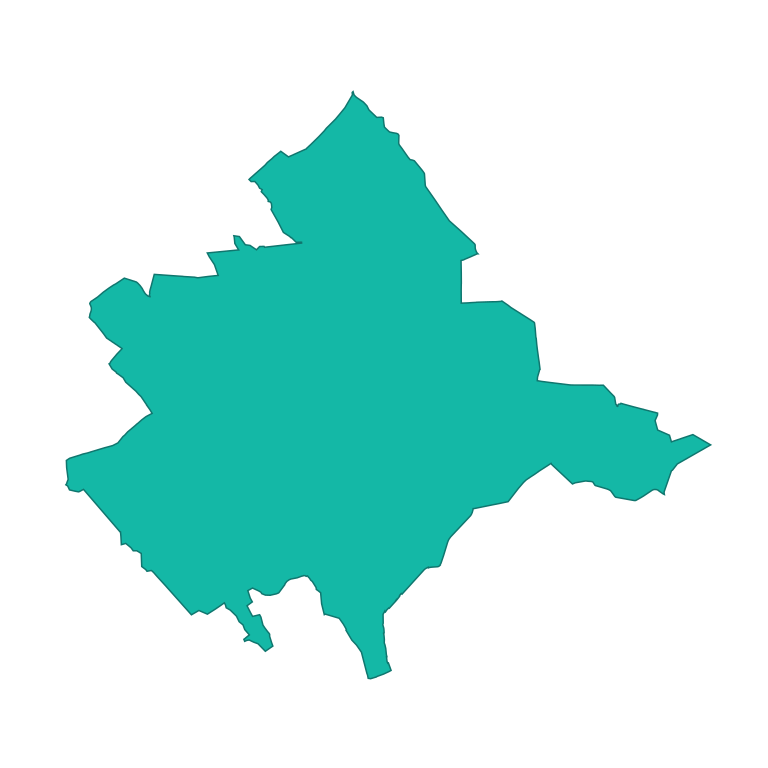 outline of Mežāres pag., Krustpils, Latvia, rotated 267°
{"feature_id": "27541924B81623033015716", "entity_name": "Mežāres pag.", "entity_type": "district", "adm_level": 2, "iso_a3": "LVA", "parent_name": "Latvia", "parent_adm1": "Krustpils", "projection": "mercator", "projection_center": [26.221, 56.543], "detail": "fine", "context": "isolated", "style": "filled", "palette": "teal", "viewbox_px": 768, "rotation_deg": 267, "n_neighbors": 0, "source": "geoboundaries", "source_scale": "gbopen_adm2", "svg_char_len": 6018}
<svg xmlns="http://www.w3.org/2000/svg" viewBox="0 0 768 768"><g transform="rotate(267 384 384)"><path d="M465.9,93.2L464.3,94.5L461.1,97.5L460.3,98.5L448.8,106.6L444.4,109.4L433.2,124.2L433.0,124.3L428.0,119.0L421.7,113.1L420.4,112.1L418.8,111.2L418.5,110.5L413.2,113.3L410.0,117.0L409.1,117.5L408.9,117.5L407.9,118.9L404.4,123.2L404.1,123.7L399.3,126.2L389.8,135.9L386.5,138.5L384.2,140.7L375.4,146.0L375.3,145.9L370.6,148.9L366.8,150.9L364.2,145.3L363.8,144.5L361.1,140.5L357.3,135.7L356.9,135.0L355.7,133.6L349.6,125.5L346.4,122.3L345.2,120.6L339.1,115.2L336.7,109.8L335.6,104.8L335.0,101.9L331.5,87.5L331.4,87.4L330.6,84.1L329.8,79.5L328.8,76.2L328.4,74.5L326.3,66.2L324.3,62.8L317.1,62.7L305.3,63.6L302.2,62.2L301.3,62.0L300.0,61.0L298.7,62.8L294.7,64.4L293.0,70.3L292.3,73.2L292.4,73.9L292.9,75.0L294.5,78.4L250.1,112.7L250.1,113.1L245.7,113.3L237.3,113.3L238.3,117.8L233.7,122.8L230.6,124.8L230.4,128.4L227.5,132.7L214.4,132.5L211.1,136.4L209.4,137.5L209.9,141.5L209.9,142.0L207.9,144.0L203.7,147.3L194.2,155.1L163.6,179.6L167.5,187.3L163.4,195.6L167.8,203.4L171.3,209.2L173.8,213.1L171.7,214.1L168.8,214.7L166.3,218.6L159.9,224.5L154.2,226.9L150.8,230.6L146.0,232.1L140.5,236.4L137.9,232.8L137.0,231.7L136.4,230.7L134.3,231.4L135.1,233.5L135.4,236.0L133.9,238.7L132.9,240.6L131.2,244.6L123.3,251.5L128.1,259.3L131.3,258.3L138.0,256.6L140.1,256.7L141.3,256.0L142.7,254.9L146.7,252.2L149.6,250.5L157.6,248.9L160.1,247.7L158.8,240.6L162.3,238.9L169.7,235.6L173.3,241.1L177.2,239.2L184.8,237.2L187.1,242.0L184.0,247.9L182.6,250.1L181.0,251.0L179.4,254.5L179.0,259.3L180.1,265.6L180.8,267.6L181.1,268.1L188.7,274.4L189.8,274.8L192.0,276.7L193.5,279.1L194.1,280.8L195.0,287.2L196.5,292.1L196.5,293.0L196.9,293.6L196.7,295.3L196.0,296.2L196.4,297.4L196.2,297.7L194.8,298.6L194.2,299.3L192.0,300.5L190.5,302.1L184.2,305.6L182.5,305.6L182.1,305.9L181.8,306.5L178.9,309.8L167.8,310.2L156.8,312.3L157.3,313.2L152.4,327.0L146.2,330.9L141.0,333.5L140.2,333.1L129.9,338.5L124.7,342.9L117.4,347.4L95.8,351.8L94.3,352.3L90.9,352.8L90.4,355.2L91.9,361.2L92.3,361.7L94.4,368.6L94.8,369.5L96.5,373.8L97.6,376.1L105.2,373.8L104.9,373.2L106.8,372.5L111.6,372.2L111.6,372.6L113.6,372.2L119.9,371.9L123.4,371.3L125.4,370.7L129.0,371.0L133.6,370.8L135.2,370.5L135.4,371.1L138.3,371.1L140.2,371.0L143.7,370.2L145.2,370.7L154.0,371.0L156.6,372.6L156.4,372.6L156.1,373.3L158.6,375.3L160.1,377.1L159.8,377.5L166.9,384.7L167.2,384.4L168.5,385.7L168.2,385.9L171.2,388.5L171.7,388.7L172.0,388.5L173.9,390.3L173.2,391.0L196.7,414.7L197.6,416.1L198.1,417.1L198.5,418.0L199.0,419.6L198.4,418.4L198.0,418.6L198.4,419.8L198.6,421.9L198.7,427.7L198.9,428.9L199.5,429.9L200.2,430.7L200.4,430.6L202.2,431.6L209.8,434.6L222.5,439.2L224.5,440.1L225.8,440.9L227.9,442.6L248.0,463.6L249.3,464.5L251.1,465.4L253.5,466.2L254.9,466.5L254.9,467.6L257.8,487.1L258.6,492.9L258.9,494.7L260.0,501.8L272.9,512.9L278.4,518.2L280.8,521.0L283.3,525.1L286.2,530.1L289.0,534.5L296.0,546.7L294.9,547.2L274.3,567.0L275.3,569.7L276.6,580.0L276.4,581.8L276.2,582.5L275.9,585.2L275.5,586.9L275.0,587.6L274.4,587.9L271.9,589.3L271.5,589.8L269.8,594.7L267.8,600.4L267.0,602.4L265.7,604.6L264.6,605.4L259.6,608.6L258.8,609.5L254.5,627.9L254.5,629.3L257.1,634.6L258.6,637.4L264.1,646.6L264.5,648.1L264.5,648.8L264.4,650.0L264.3,650.6L263.7,652.0L262.7,653.1L259.8,656.8L259.0,658.2L260.7,658.0L261.9,658.2L282.3,666.5L282.8,667.5L288.8,672.7L306.1,707.0L317.3,689.8L311.2,668.0L317.9,666.4L323.7,654.9L333.3,652.8L338.7,655.5L340.6,655.7L348.2,631.8L351.3,622.4L352.3,619.6L352.1,619.5L351.7,619.1L351.6,617.9L351.6,617.3L351.2,616.8L350.5,616.5L349.5,616.3L349.4,616.1L349.4,615.9L349.7,615.5L351.3,614.9L351.7,614.4L358.6,613.6L359.7,613.0L363.4,609.7L371.3,603.0L371.5,598.5L371.9,593.5L373.0,573.6L373.3,569.9L376.8,549.9L378.3,541.7L379.3,537.2L382.9,537.7L390.1,540.2L390.4,540.6L398.7,540.0L400.4,539.8L411.1,538.9L415.8,538.6L421.5,538.4L423.0,538.1L431.3,537.9L437.1,537.5L437.8,537.1L440.4,533.6L453.8,514.7L456.0,512.2L460.7,506.1L460.5,505.9L460.4,505.0L460.3,500.5L460.5,495.0L460.8,480.8L460.7,480.0L460.7,475.1L460.6,472.4L460.7,465.4L473.9,466.0L479.8,466.4L480.4,466.5L491.3,467.0L503.3,467.4L503.8,470.0L504.4,471.3L505.3,473.8L506.6,477.4L509.1,483.8L509.1,484.6L510.1,483.7L511.7,483.0L513.6,482.4L515.1,482.2L518.0,482.3L518.7,482.1L519.5,481.5L531.6,469.8L543.5,457.8L554.6,450.9L564.9,444.7L579.0,435.9L580.5,435.6L591.8,435.4L592.6,435.1L595.3,433.4L605.2,426.1L605.5,425.6L606.1,424.2L606.7,421.8L609.4,419.8L617.9,414.5L622.1,411.7L623.6,411.3L631.5,411.9L632.8,411.2L633.6,409.8L634.1,407.7L634.4,406.3L635.4,402.7L637.2,400.9L640.5,397.9L643.9,397.5L649.9,397.2L650.6,395.5L650.6,394.3L650.6,390.7L658.3,383.5L659.2,383.0L662.7,381.5L666.6,378.2L671.3,372.0L672.2,371.0L673.9,369.5L674.7,369.1L677.6,368.4L676.8,367.5L674.2,367.5L661.9,359.4L657.7,355.6L651.1,349.5L642.4,339.8L639.9,337.6L634.3,331.7L626.9,323.3L623.7,319.4L622.9,318.8L615.8,300.5L621.8,293.1L620.6,291.5L617.0,286.3L614.9,283.9L611.3,279.1L608.7,276.6L596.5,261.2L595.3,259.9L593.1,261.9L593.0,265.6L589.2,268.6L586.1,270.0L584.5,272.5L582.5,271.5L579.6,274.0L575.9,276.9L573.9,278.0L572.4,277.9L571.7,280.1L570.1,281.0L566.3,281.2L564.1,280.4L551.2,286.8L540.6,291.5L536.6,297.1L534.9,298.9L535.0,299.2L530.1,303.7L530.0,308.6L529.9,309.1L529.0,309.1L528.2,294.8L526.8,271.9L527.7,271.4L527.8,267.0L524.7,263.7L528.0,259.3L529.4,257.5L530.3,252.8L538.8,247.3L539.9,241.8L538.6,242.1L532.1,242.4L525.5,245.9L524.1,214.4L520.1,216.2L512.1,220.9L501.1,224.1L500.6,214.1L499.8,203.6L500.6,200.3L501.8,189.6L502.0,188.8L503.0,180.4L505.5,160.3L493.6,156.5L490.4,155.4L487.9,154.7L487.1,154.9L485.1,154.4L483.5,154.9L483.5,154.6L484.2,152.9L486.0,150.9L487.0,150.1L489.7,148.6L492.1,147.5L495.0,145.6L497.6,143.4L498.8,142.1L503.3,130.2L498.0,121.3L497.0,119.1L494.3,114.5L490.4,108.5L485.8,102.5L481.8,95.8L481.2,95.2L479.9,94.4L478.9,94.6L477.5,95.2L475.7,95.7L474.1,95.7L472.2,95.3L469.1,94.0L467.8,93.8L465.9,93.2Z" fill="#14b8a6" stroke="#0f766e" stroke-width="1.5"/></g></svg>